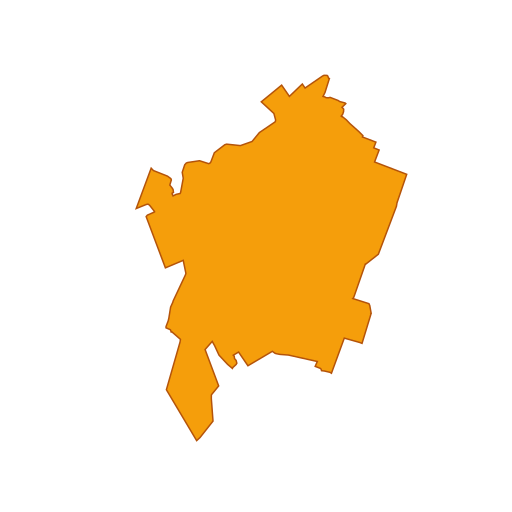 outline of Saraiu, Constanta, Romania, rotated 109°
{"feature_id": "2599482B59135931499306", "entity_name": "Saraiu", "entity_type": "district", "adm_level": 2, "iso_a3": "ROU", "parent_name": "Romania", "parent_adm1": "Constanta", "projection": "equal_earth", "projection_center": [28.194, 44.705], "detail": "medium", "context": "isolated", "style": "filled", "palette": "amber", "viewbox_px": 512, "rotation_deg": 109, "n_neighbors": 0, "source": "geoboundaries", "source_scale": "gbopen_adm2", "svg_char_len": 1943}
<svg xmlns="http://www.w3.org/2000/svg" viewBox="0 0 512 512"><g transform="rotate(109 256 256)"><path d="M411.6,297.2L449.9,252.0L445.8,249.8L426.1,242.9L405.4,251.8L402.4,252.8L401.6,252.9L391.0,249.0L361.0,273.7L351.0,269.6L354.3,265.9L361.8,258.7L367.7,247.6L370.0,241.7L369.0,241.6L365.1,239.5L363.6,239.2L361.2,240.8L359.9,243.0L357.9,243.9L357.2,245.2L352.5,241.2L362.4,227.9L340.8,209.5L341.8,206.3L341.8,205.4L341.3,201.5L339.1,193.1L335.8,163.7L341.1,164.1L341.3,158.6L341.9,157.5L343.1,156.7L342.5,154.0L341.9,148.2L342.3,146.5L304.9,145.8L304.0,129.8L304.1,127.3L273.7,128.4L273.3,128.7L272.8,128.4L265.8,132.3L264.3,133.7L264.7,150.6L263.8,150.2L261.3,150.1L228.0,150.0L228.0,149.6L214.5,140.9L163.3,139.4L159.9,140.0L129.7,140.1L128.5,174.5L115.7,174.1L115.4,179.9L109.3,179.7L108.8,194.1L107.4,194.1L104.9,199.2L100.2,210.4L97.9,214.8L96.0,220.0L96.3,220.1L96.0,221.0L93.8,220.2L91.0,220.2L88.6,220.9L87.4,223.1L82.7,220.7L82.3,221.6L82.7,227.0L82.2,229.1L81.9,237.6L82.9,239.1L83.5,241.3L83.2,242.6L83.3,244.6L78.9,244.0L64.3,244.4L64.3,245.2L62.5,246.7L62.1,247.6L63.0,250.5L64.2,251.7L81.2,264.3L78.3,268.2L94.2,276.4L86.1,287.4L108.5,301.2L115.4,285.5L120.9,281.8L122.1,281.5L123.1,281.7L138.2,293.0L149.0,297.0L156.7,306.7L159.8,320.2L160.9,321.7L171.9,329.0L181.8,329.3L183.4,329.9L184.1,330.9L184.3,340.4L189.8,351.0L190.8,352.2L193.0,353.1L200.9,353.0L206.2,350.1L220.3,348.0L221.6,348.1L223.7,351.6L226.2,354.0L224.5,355.6L223.7,355.7L222.8,354.7L220.2,356.0L219.2,357.1L217.0,360.6L211.7,360.8L210.6,361.6L209.3,365.7L208.6,380.8L207.1,383.7L250.1,384.7L243.0,376.5L242.2,375.2L242.2,374.4L242.8,372.9L247.0,366.4L247.4,366.3L252.7,372.0L254.5,372.7L296.7,337.8L283.8,323.4L295.3,316.6L297.0,316.6L325.5,319.7L326.8,319.6L332.1,320.1L343.0,318.2L345.9,317.9L352.0,318.1L353.2,317.7L353.6,312.9L355.5,311.4L355.1,310.9L359.4,300.3L362.0,299.8L411.6,297.2Z" fill="#f59e0b" stroke="#b45309" stroke-width="1.5"/></g></svg>